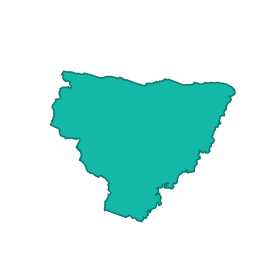 outline of San Pedro, Bas-Sassandra, Ivory Coast, rotated 207°
{"feature_id": "98640826B43081365176028", "entity_name": "San Pedro", "entity_type": "district", "adm_level": 2, "iso_a3": "CIV", "parent_name": "Ivory Coast", "parent_adm1": "Bas-Sassandra", "projection": "mercator", "projection_center": [-6.916, 5.016], "detail": "fine", "context": "isolated", "style": "filled", "palette": "teal", "viewbox_px": 256, "rotation_deg": 207, "n_neighbors": 0, "source": "geoboundaries", "source_scale": "gbopen_adm2", "svg_char_len": 5625}
<svg xmlns="http://www.w3.org/2000/svg" viewBox="0 0 256 256"><g transform="rotate(207 128 128)"><path d="M73.3,50.7L73.5,51.7L73.1,52.2L72.8,53.7L72.9,54.4L73.9,55.6L71.4,55.4L70.9,55.8L71.2,58.7L70.4,59.8L70.8,60.9L71.7,61.1L72.9,62.0L72.5,63.3L71.8,63.3L70.7,62.6L70.2,62.7L69.9,63.0L69.7,63.5L69.9,63.9L71.5,64.6L71.4,65.1L69.8,65.8L69.6,66.5L69.7,67.1L69.2,68.0L67.8,68.4L67.3,69.5L67.3,71.7L68.3,73.3L67.7,75.3L67.2,74.7L66.4,74.4L65.9,73.9L66.0,73.5L65.6,73.0L65.3,73.0L64.3,74.1L63.9,75.0L64.0,75.5L64.6,76.4L65.9,77.3L66.5,78.2L66.8,80.6L67.3,81.4L70.2,83.5L70.3,84.1L72.1,83.2L71.9,81.7L72.3,81.3L73.0,81.1L72.5,83.0L72.2,85.9L73.1,87.3L73.9,87.6L74.7,87.6L73.5,88.5L73.2,89.2L72.5,89.2L72.1,89.6L71.4,89.7L70.9,90.3L70.7,91.0L71.5,92.6L71.2,93.3L69.9,93.6L69.5,95.5L67.8,96.8L67.4,96.8L68.4,95.9L68.5,95.1L68.3,94.7L67.3,94.5L67.4,94.1L68.0,94.0L68.6,92.8L69.1,92.4L69.0,91.5L68.3,91.4L66.4,91.8L65.1,93.0L64.1,93.1L63.0,94.0L62.6,94.2L61.9,93.4L60.9,94.2L60.4,95.7L60.5,96.6L61.7,96.9L62.0,97.2L62.1,99.4L61.8,99.8L61.2,99.5L60.7,99.7L59.7,101.3L59.5,102.5L60.1,103.3L60.5,103.5L60.9,104.6L60.7,105.9L61.4,107.4L61.0,109.4L60.4,110.8L59.5,111.8L59.4,113.6L57.7,114.4L57.2,115.2L57.6,115.7L56.2,117.4L56.0,117.2L56.2,115.9L55.5,115.2L55.0,115.2L53.8,115.6L52.6,117.0L51.2,117.7L50.6,118.5L49.8,118.8L49.4,119.3L49.4,120.0L50.1,120.5L50.4,122.1L50.9,122.5L50.8,123.5L51.3,124.4L51.2,124.9L50.7,125.0L50.3,126.3L50.2,127.4L50.9,128.9L52.1,129.3L52.2,129.9L51.9,131.3L51.1,131.9L50.7,132.8L50.1,133.0L49.9,133.5L50.6,135.0L51.0,135.2L51.6,134.7L52.4,135.0L53.3,136.3L52.9,136.6L52.7,137.3L52.8,138.2L53.1,138.9L54.1,139.7L54.0,140.5L52.4,140.5L51.3,139.7L50.7,139.7L49.6,140.1L49.2,141.7L48.8,141.9L48.3,141.9L47.5,141.1L47.1,141.1L45.4,142.1L44.6,144.2L44.7,144.9L45.4,145.5L46.2,145.7L46.0,146.4L46.2,147.9L46.7,148.3L46.5,148.7L45.9,148.9L45.7,149.4L45.8,150.3L47.0,152.2L45.9,152.6L45.6,153.1L45.4,154.0L45.6,155.3L45.5,155.7L45.7,156.2L47.5,157.6L49.7,158.0L49.8,158.6L49.0,159.7L49.5,161.4L49.4,162.6L50.2,163.9L49.4,165.7L50.3,168.2L50.3,168.9L50.0,169.3L49.0,169.0L48.4,169.9L48.4,170.4L49.5,172.5L48.8,172.6L48.0,173.0L47.7,174.6L48.0,175.0L49.4,175.2L50.0,175.9L50.5,178.8L51.3,180.1L50.4,181.2L50.2,181.9L48.7,182.1L48.0,182.5L47.9,183.8L49.4,184.9L49.8,185.6L49.9,185.9L49.6,186.8L50.0,188.0L49.1,188.6L49.1,190.0L50.7,192.5L50.1,193.4L50.6,195.4L49.6,196.2L49.6,196.9L48.8,198.1L48.9,199.6L49.2,200.5L50.4,201.5L52.3,202.2L52.2,202.4L50.6,203.1L49.9,203.8L48.3,206.7L48.9,208.6L51.0,210.7L52.5,210.6L53.3,211.5L54.6,211.7L55.8,211.5L59.7,211.9L61.9,211.2L62.9,211.2L65.8,210.0L68.8,209.4L71.3,207.4L75.1,206.1L76.9,204.3L78.4,203.9L80.3,203.1L81.2,201.5L82.3,200.4L84.3,199.6L85.8,199.5L89.2,198.8L90.2,196.0L94.5,193.5L95.8,193.1L97.6,191.6L100.2,191.3L101.1,190.9L104.1,190.9L110.4,190.1L111.4,190.2L112.5,189.8L113.9,189.8L114.5,188.9L117.4,188.4L117.5,187.7L117.8,187.4L118.2,186.0L119.6,184.7L120.9,184.3L121.4,182.9L123.8,182.1L123.7,181.4L125.0,180.4L125.4,180.4L126.4,178.8L127.1,178.3L130.1,177.1L132.0,175.9L131.6,174.2L131.9,173.6L132.6,173.2L135.4,172.5L136.9,172.4L138.7,171.8L151.3,170.2L151.7,169.6L154.6,169.4L156.3,169.7L158.5,169.3L159.2,167.6L163.3,167.0L166.4,166.2L168.5,164.9L169.5,164.7L171.9,162.9L172.2,161.8L175.0,160.2L176.7,159.9L177.8,159.3L178.6,159.5L180.2,159.1L184.1,158.8L185.0,158.2L186.5,158.3L191.3,157.1L191.7,157.0L192.1,155.6L194.3,154.5L196.9,154.1L198.6,153.3L199.1,152.9L202.4,152.3L203.3,152.4L209.0,149.8L211.0,149.5L211.0,148.8L211.3,148.1L211.0,147.2L211.4,145.4L210.3,145.8L209.9,145.7L209.3,145.1L209.0,143.3L208.6,143.1L207.5,142.0L206.4,141.6L206.0,141.6L205.7,142.1L205.3,141.5L204.9,141.3L204.0,141.6L203.3,142.4L202.4,142.9L200.5,142.7L200.4,141.6L199.6,140.3L197.9,139.7L197.1,138.6L197.1,137.8L197.6,137.3L198.3,137.6L198.7,137.3L200.0,137.6L200.3,136.8L200.5,136.9L201.3,136.5L202.5,135.3L203.8,135.4L206.2,132.4L205.9,132.3L205.8,131.7L205.4,130.9L205.6,130.5L205.4,129.6L205.6,129.3L205.2,127.7L204.5,126.8L202.6,125.4L202.2,124.1L202.4,123.6L202.3,122.4L204.7,121.4L205.5,120.8L204.9,120.0L204.6,119.0L205.5,113.8L204.7,111.5L203.7,111.2L201.5,109.4L200.3,106.4L199.3,105.8L198.8,105.2L198.8,104.8L199.3,104.2L199.4,103.5L198.7,102.0L199.0,101.2L198.8,100.5L199.2,99.9L198.4,99.3L198.6,95.7L192.5,95.7L189.1,96.2L187.7,94.6L187.9,94.2L184.7,90.7L181.1,91.0L180.6,91.4L178.9,90.2L178.7,90.8L175.4,92.2L175.0,93.1L170.3,94.2L170.0,94.7L169.3,94.4L169.0,95.0L168.6,95.0L168.6,95.9L168.3,96.2L166.2,96.3L165.4,95.8L165.3,96.0L165.3,87.4L164.5,87.1L164.0,87.4L163.9,86.8L163.6,86.9L163.5,86.4L163.1,86.2L162.1,86.2L161.8,86.5L160.7,86.5L160.6,86.1L160.9,85.7L159.6,85.3L158.5,84.1L157.8,83.8L157.5,82.7L156.8,82.0L156.9,79.5L156.6,79.1L156.7,78.6L156.3,78.3L156.7,78.0L156.6,77.4L152.9,77.1L150.0,75.8L144.8,71.3L143.9,70.9L142.6,71.4L142.0,70.9L141.1,70.8L140.7,70.5L140.4,70.6L139.8,71.4L138.9,71.6L137.1,71.3L136.2,70.9L134.6,70.7L133.3,71.0L132.3,70.9L132.1,70.7L131.6,71.4L131.8,72.0L131.6,72.5L130.3,73.3L128.2,72.9L126.2,73.1L119.6,70.5L120.0,69.6L119.8,69.2L120.1,68.3L119.7,68.3L119.4,67.7L118.8,67.7L117.9,65.6L118.0,65.0L117.8,64.5L117.0,63.9L117.1,63.7L116.6,63.5L115.0,63.4L114.0,62.5L113.5,61.4L113.7,61.0L114.2,60.8L114.5,60.3L115.3,59.9L114.8,58.9L114.6,57.8L114.2,57.3L114.8,53.0L115.2,52.1L114.4,51.1L113.9,49.5L112.6,46.9L112.4,45.5L111.2,44.1L111.0,44.7L110.4,44.9L89.4,47.5L89.2,48.1L88.7,48.2L88.5,48.8L87.8,49.4L87.6,50.4L87.1,50.8L85.0,50.6L83.9,49.9L83.1,49.8L82.3,50.1L81.8,50.8L81.1,51.0L79.8,50.7L78.4,49.8L78.0,49.8L77.7,50.4L75.9,50.2L75.1,50.5L73.3,50.7Z" fill="#14b8a6" stroke="#0f766e" stroke-width="1.5"/></g></svg>